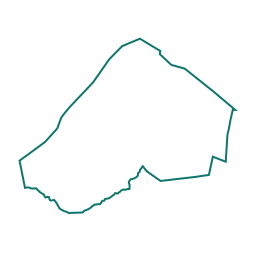 San Pedro Nopala, Oaxaca, Mexico (Mercator projection), rotated 5°
{"feature_id": "50627088B60973243013537", "entity_name": "San Pedro Nopala", "entity_type": "district", "adm_level": 2, "iso_a3": "MEX", "parent_name": "Mexico", "parent_adm1": "Oaxaca", "projection": "mercator", "projection_center": [-97.588, 17.813], "detail": "fine", "context": "isolated", "style": "outline", "palette": "teal", "viewbox_px": 256, "rotation_deg": 5, "n_neighbors": 0, "source": "geoboundaries", "source_scale": "gbopen_adm2", "svg_char_len": 1642}
<svg xmlns="http://www.w3.org/2000/svg" viewBox="0 0 256 256"><g transform="rotate(5 128 128)"><path d="M121.0,43.8L115.3,46.8L115.2,46.8L107.3,56.3L103.3,61.2L89.3,85.5L68.9,111.2L63.6,118.6L60.7,123.4L59.3,128.3L57.6,134.6L46.6,149.1L33.7,160.5L22.8,170.0L30.6,196.6L32.7,196.0L34.2,195.9L35.3,196.1L36.3,196.6L38.2,196.6L39.6,196.4L41.8,196.2L42.6,196.9L45.9,199.6L47.6,200.5L50.3,201.8L50.5,202.7L51.1,203.7L51.8,204.4L53.0,203.8L55.3,203.7L55.7,204.8L56.0,205.8L56.5,206.5L57.4,207.0L58.5,206.8L60.7,206.1L62.0,207.5L62.9,208.5L63.7,209.6L64.3,210.3L65.1,211.6L66.2,213.2L67.0,214.3L71.4,216.3L73.0,216.6L75.5,217.4L76.9,218.0L77.8,217.7L78.9,217.5L88.0,216.4L89.3,216.2L90.4,216.0L90.8,215.2L91.7,214.2L93.4,213.6L94.3,212.9L95.7,212.3L97.2,211.1L98.4,210.1L99.1,209.0L100.3,208.2L101.4,207.3L101.4,207.2L106.9,206.2L107.6,205.1L108.8,202.8L110.7,202.5L111.3,200.8L113.9,200.0L115.3,199.7L119.4,195.9L120.2,195.4L120.8,194.1L122.4,194.0L123.6,194.2L124.4,193.0L125.3,192.5L126.8,190.7L129.0,189.6L130.4,189.9L132.4,189.0L134.7,188.6L134.7,185.0L134.0,183.5L133.5,182.4L133.7,181.3L134.2,180.2L135.1,178.9L136.5,178.4L138.5,177.7L140.1,176.6L141.3,175.6L141.9,174.5L142.1,171.8L142.9,171.1L143.5,170.2L143.6,168.8L146.0,164.8L150.5,169.5L159.1,174.5L165.1,177.9L173.4,176.2L173.5,176.2L173.8,176.1L190.8,172.6L195.2,171.7L201.4,170.4L201.6,170.3L203.8,169.8L204.2,169.7L204.5,169.6L212.7,167.7L215.0,149.2L228.3,153.1L227.7,128.7L227.7,125.6L228.4,121.1L229.4,110.9L230.8,100.7L233.2,100.6L210.5,84.6L179.3,63.9L165.7,61.4L153.2,51.6L153.5,48.5L148.4,46.0L132.1,38.0L121.0,43.8Z" fill="none" stroke="#0f766e" stroke-width="2"/></g></svg>